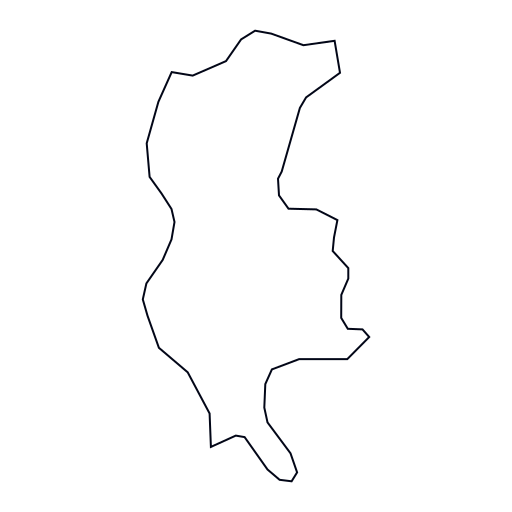 Koung-Khi, Ouest, Cameroon (Equal Earth projection)
{"feature_id": "32672807B81686658173178", "entity_name": "Koung-Khi", "entity_type": "district", "adm_level": 2, "iso_a3": "CMR", "parent_name": "Cameroon", "parent_adm1": "Ouest", "projection": "equal_earth", "projection_center": [10.485, 5.336], "detail": "fine", "context": "isolated", "style": "outline", "palette": "ink", "viewbox_px": 512, "rotation_deg": 0, "n_neighbors": 0, "source": "geoboundaries", "source_scale": "gbopen_adm2", "svg_char_len": 777}
<svg xmlns="http://www.w3.org/2000/svg" viewBox="0 0 512 512"><path d="M210.9,446.9L235.8,435.6L244.6,437.1L267.5,469.5L279.6,479.8L291.6,481.3L297.1,472.4L290.5,453.3L267.5,422.4L264.3,407.6L265.3,384.1L271.9,369.4L299.2,359.1L347.3,359.1L369.2,337.0L362.5,329.4L347.8,328.8L341.2,317.9L341.3,294.9L348.3,278.6L348.3,268.1L332.7,251.0L334.0,237.5L337.4,220.1L316.3,209.4L288.5,208.7L279.0,195.4L278.0,178.7L281.7,171.6L299.9,107.9L306.1,97.4L340.0,72.8L334.6,40.8L303.4,45.2L271.2,33.6L255.1,30.7L241.1,39.4L226.0,61.1L192.7,75.6L171.7,72.1L158.4,101.8L146.7,143.3L149.6,176.9L161.6,193.6L171.5,209.0L174.5,222.0L171.5,239.4L162.7,259.9L146.4,283.4L142.8,299.4L147.5,315.7L158.9,347.8L187.7,372.3L209.6,413.5L210.9,446.9Z" fill="none" stroke="#020617" stroke-width="2"/></svg>